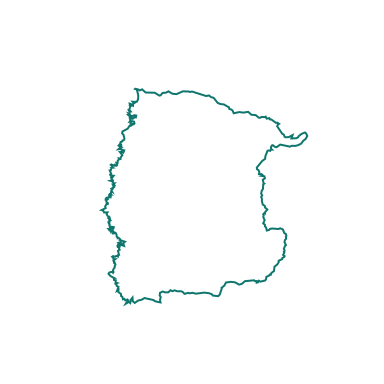 Sao Miguel Arcanjo, São Miguel, Cabo Verde (Albers equal-area conic projection), rotated 228°
{"feature_id": "66160863B69203973191500", "entity_name": "Sao Miguel Arcanjo", "entity_type": "district", "adm_level": 2, "iso_a3": "CPV", "parent_name": "Cabo Verde", "parent_adm1": "São Miguel", "projection": "albers", "projection_center": [-23.626, 15.191], "detail": "fine", "context": "isolated", "style": "outline", "palette": "teal", "viewbox_px": 384, "rotation_deg": 228, "n_neighbors": 0, "source": "geoboundaries", "source_scale": "gbopen_adm2", "svg_char_len": 6046}
<svg xmlns="http://www.w3.org/2000/svg" viewBox="0 0 384 384"><g transform="rotate(228 192 192)"><path d="M230.9,276.5L230.4,276.0L235.7,274.3L238.5,271.9L241.0,270.7L247.5,271.1L249.7,269.7L252.4,269.2L253.9,266.7L266.7,259.2L267.6,257.5L268.9,256.8L272.9,252.6L275.1,246.0L278.1,243.2L282.6,241.8L283.2,239.2L285.3,236.4L284.9,233.3L285.4,232.3L290.7,230.7L297.0,224.1L301.7,223.6L302.4,221.2L303.9,220.8L305.3,219.9L306.7,218.9L306.7,218.7L305.4,219.4L303.3,218.7L299.3,216.4L296.8,213.7L296.0,211.2L296.8,210.5L296.6,209.3L297.8,209.3L298.8,208.3L297.1,208.3L297.3,207.7L295.7,206.0L297.0,205.7L296.4,205.1L296.7,204.6L298.7,205.3L299.4,204.8L297.8,203.9L297.5,204.4L297.7,203.7L297.1,203.7L295.4,201.0L295.5,199.7L294.1,199.6L293.9,200.3L292.9,200.3L293.6,199.3L292.7,198.8L292.2,197.6L292.6,197.4L291.7,197.3L292.2,196.1L290.8,196.4L290.8,197.0L289.2,195.7L289.1,196.8L290.0,196.8L290.1,197.1L289.0,197.2L289.4,197.8L288.4,198.1L287.7,200.5L286.1,201.7L285.1,200.2L285.9,199.9L286.1,197.0L286.9,197.0L286.6,196.7L287.5,195.8L287.1,194.4L285.7,194.2L286.3,194.0L286.1,193.2L285.9,193.7L285.1,193.3L284.5,195.1L283.0,196.0L281.4,195.1L281.3,194.2L282.7,193.2L281.8,193.0L282.3,191.7L283.2,191.5L282.2,190.8L282.9,189.6L282.1,186.6L283.5,180.8L282.3,179.3L280.4,179.4L276.7,177.4L276.2,176.1L276.8,174.8L276.2,174.1L276.9,172.3L276.1,171.5L275.7,169.2L274.4,170.9L273.3,170.1L273.8,168.8L272.3,169.2L273.0,167.7L273.0,166.0L271.8,167.7L270.5,167.8L268.3,169.5L267.2,167.3L268.6,166.8L269.9,165.2L266.0,164.9L265.5,162.2L264.4,161.0L265.9,160.1L265.1,159.8L265.0,157.8L263.3,156.0L264.3,155.3L262.0,154.1L262.3,153.0L264.0,152.6L263.7,151.7L266.5,150.5L266.5,149.8L264.9,150.1L263.7,149.5L263.9,148.9L263.2,149.2L263.8,148.3L262.5,146.2L263.1,145.3L259.6,144.1L259.7,142.8L258.8,142.5L256.5,144.6L256.2,142.9L257.1,142.5L256.9,141.5L253.6,140.8L252.7,141.4L253.5,140.4L254.2,140.6L255.1,138.8L253.0,140.0L251.1,139.5L250.4,140.2L250.4,139.1L249.5,139.0L250.1,138.4L248.7,138.5L249.1,137.5L247.8,137.3L248.3,134.6L247.4,134.9L247.2,133.2L245.6,132.8L246.3,132.6L246.2,131.8L245.2,130.8L245.4,130.0L244.6,130.1L245.2,129.6L245.0,129.4L244.7,129.8L244.5,129.7L245.2,128.4L244.7,128.0L243.2,128.8L242.5,127.9L243.9,126.8L243.7,126.1L244.8,125.0L244.6,123.9L244.1,123.9L244.7,123.4L244.1,122.7L243.1,123.7L243.1,122.6L241.8,121.7L239.9,122.0L239.4,121.3L240.3,120.7L239.4,117.8L237.8,117.1L239.0,112.7L237.6,113.6L235.7,113.0L233.4,115.5L233.1,114.0L231.5,113.4L229.6,113.3L228.9,114.0L226.8,113.0L227.6,112.3L225.5,112.3L225.9,111.4L225.3,110.8L225.8,110.3L225.6,109.8L224.5,110.0L223.9,108.3L223.8,109.3L223.0,109.2L222.2,108.0L221.0,108.1L218.2,110.4L217.4,109.1L218.5,107.4L221.1,106.8L219.0,106.9L220.4,105.2L219.0,105.2L219.2,104.4L218.1,105.6L216.5,105.1L216.8,106.0L216.2,107.3L215.3,107.1L214.1,105.5L213.4,106.2L213.5,107.5L212.7,107.9L211.0,107.5L209.2,106.1L207.9,106.5L207.4,106.0L207.1,106.7L205.2,107.0L204.8,106.2L199.9,108.9L200.0,106.6L197.4,105.4L199.6,104.2L202.5,105.5L203.4,103.5L202.4,103.7L202.9,103.1L202.2,102.5L202.6,102.2L202.4,101.3L202.1,102.4L201.9,101.3L201.4,101.9L201.5,101.1L200.7,101.4L201.4,100.8L200.8,100.2L199.9,101.8L198.7,99.8L197.8,99.6L198.3,99.0L197.9,99.2L197.6,98.6L197.8,97.6L194.1,95.7L194.6,94.8L193.6,93.8L195.2,92.9L195.3,91.6L197.2,90.4L197.3,89.3L196.0,89.5L194.7,88.8L193.5,90.0L193.7,87.8L191.4,86.7L191.0,85.9L191.3,87.3L189.2,86.5L189.0,85.4L187.1,83.5L187.6,83.7L187.5,82.9L186.7,80.9L185.0,80.1L184.8,79.3L185.8,79.5L186.9,78.0L187.5,76.5L187.1,75.2L184.1,75.2L179.9,76.7L180.2,76.1L178.7,75.2L177.4,76.3L175.9,74.7L174.6,75.4L175.3,73.9L174.9,73.6L174.0,74.2L172.7,73.2L170.7,73.9L168.8,70.2L168.5,71.9L166.9,70.3L163.8,71.0L162.1,69.7L160.7,70.1L158.4,68.9L157.9,70.2L156.2,69.9L155.4,71.9L154.7,71.4L154.1,72.1L153.4,71.1L153.8,69.5L153.3,68.0L152.6,71.5L150.8,71.8L152.8,74.5L153.3,77.1L150.4,74.9L147.9,75.2L147.4,79.3L145.6,82.6L145.0,85.7L137.5,91.1L135.4,91.5L131.0,94.7L133.2,96.0L134.8,98.4L136.8,98.8L138.5,100.8L137.6,103.7L135.7,104.6L133.3,107.2L133.4,110.3L131.6,110.9L130.5,113.3L128.1,114.6L125.5,117.5L124.1,118.2L121.3,118.3L119.7,121.6L118.5,122.2L116.8,124.9L113.8,126.9L109.0,133.8L105.3,137.0L102.8,138.3L101.1,138.2L97.1,141.7L97.2,144.0L100.2,149.3L101.0,149.8L100.8,153.3L102.0,156.7L99.2,160.8L96.0,163.6L91.7,165.0L90.4,167.5L90.3,171.7L84.8,179.1L83.6,179.2L82.6,180.4L81.6,179.6L81.5,180.4L81.1,180.0L80.7,180.8L81.3,182.3L79.6,182.9L77.3,187.1L77.6,188.6L79.2,190.5L78.3,193.2L78.6,194.6L77.8,195.1L78.7,196.9L78.4,200.0L81.3,203.3L81.1,206.9L81.8,209.4L82.9,210.4L81.8,214.1L82.5,214.9L82.0,217.1L82.4,217.9L84.3,217.6L85.1,220.0L86.1,220.2L86.3,221.5L88.4,222.3L89.8,225.3L89.7,226.3L92.9,227.2L94.1,229.0L94.3,230.8L95.9,231.8L96.2,232.8L98.1,233.7L99.6,233.1L103.4,234.5L106.1,233.2L106.6,231.5L111.1,227.3L112.4,225.3L112.2,223.9L113.3,221.8L116.0,223.3L117.6,223.2L118.9,224.3L121.0,223.9L122.4,227.1L125.7,228.2L126.6,229.6L127.8,230.0L127.9,231.3L127.2,231.8L128.0,232.3L128.6,236.3L131.5,235.9L132.9,236.8L135.4,236.2L138.6,237.9L140.2,239.5L142.1,240.1L142.5,241.9L144.5,242.3L146.3,244.7L146.8,246.8L150.0,250.0L149.9,251.2L150.5,251.0L153.7,252.8L153.4,255.4L155.2,256.3L157.4,254.5L157.0,255.8L158.7,255.7L160.5,253.7L161.8,255.4L163.6,256.0L165.5,255.6L166.8,256.5L168.1,265.0L167.7,268.6L169.4,270.3L172.1,275.7L171.3,277.2L170.3,277.6L170.6,279.1L170.0,279.8L171.2,279.7L172.6,280.8L173.1,282.7L172.7,283.4L170.1,283.8L168.7,284.8L168.2,289.3L160.2,295.1L159.7,296.9L157.1,299.7L155.8,302.2L154.9,305.5L155.6,308.9L155.4,311.9L156.5,315.2L159.5,316.0L160.7,315.7L161.9,312.2L162.1,308.4L161.6,307.5L162.3,305.3L165.3,301.7L167.0,304.8L168.0,300.7L170.2,298.0L171.2,297.8L173.2,298.6L174.8,298.0L183.9,299.3L184.7,300.9L184.4,302.3L186.6,301.7L187.1,300.7L192.7,299.5L194.0,298.4L195.1,298.9L196.6,296.6L198.7,297.2L198.9,296.2L201.3,293.9L201.4,292.6L202.4,291.4L206.5,290.8L209.7,287.8L214.0,287.4L216.7,283.2L219.7,280.7L222.6,275.7L225.1,276.6L226.9,276.5L228.7,275.3L230.9,276.5Z" fill="none" stroke="#0f766e" stroke-width="2"/></g></svg>